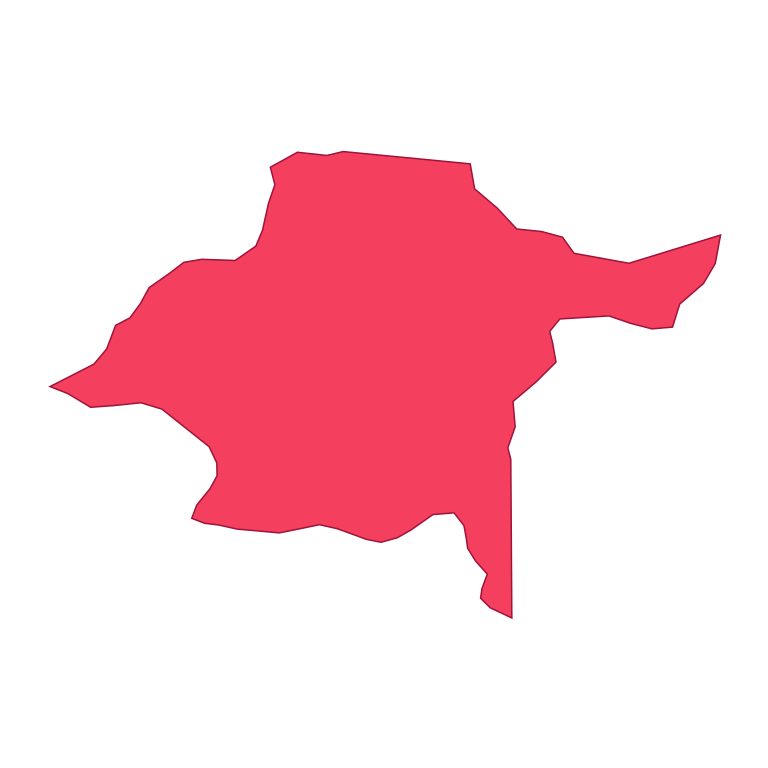 Nova Veneza, Goiás, Brazil (Natural Earth projection), rotated 91°
{"feature_id": "56859067B10589714904622", "entity_name": "Nova Veneza", "entity_type": "district", "adm_level": 2, "iso_a3": "BRA", "parent_name": "Brazil", "parent_adm1": "Goiás", "projection": "natural_earth1", "projection_center": [-49.299, -16.355], "detail": "fine", "context": "isolated", "style": "filled", "palette": "rose", "viewbox_px": 768, "rotation_deg": 91, "n_neighbors": 0, "source": "geoboundaries", "source_scale": "gbopen_adm2", "svg_char_len": 1113}
<svg xmlns="http://www.w3.org/2000/svg" viewBox="0 0 768 768"><g transform="rotate(91 384 384)"><path d="M392.4,717.9L399.2,699.8L412.4,676.9L410.3,653.9L407.0,626.6L413.0,605.6L449.8,557.7L465.8,549.8L478.7,549.3L491.5,556.0L508.3,569.1L521.7,573.9L526.4,560.9L527.9,546.6L531.6,528.7L534.7,486.0L529.9,464.2L525.8,446.1L529.5,428.2L535.9,409.6L539.6,399.0L542.3,384.2L537.5,368.0L529.5,354.5L513.7,332.8L511.6,311.7L524.2,301.6L535.9,299.2L546.8,297.5L559.5,289.3L572.3,277.4L586.9,282.5L596.5,283.7L606.0,273.8L615.7,252.1L457.2,255.9L445.7,259.1L424.5,252.1L399.2,254.7L379.1,231.8L359.1,212.4L340.2,216.1L328.5,219.2L315.9,209.3L312.0,160.3L319.0,138.7L324.2,117.0L322.1,96.5L298.9,89.7L277.9,66.3L257.8,54.9L229.2,50.1L259.0,141.2L250.0,196.3L234.1,208.1L228.8,229.1L226.7,254.0L206.2,273.8L187.3,296.8L162.4,301.6L152.3,428.9L156.5,445.1L153.8,474.6L169.2,501.4L186.7,496.6L205.2,502.6L232.5,508.2L248.3,514.5L263.1,535.0L262.5,568.4L265.8,586.2L277.3,600.7L291.7,620.5L307.9,629.0L322.3,639.2L330.1,653.4L353.8,661.9L369.2,674.4L392.4,717.9Z" fill="#f43f5e" stroke="#9f1239" stroke-width="1.5"/></g></svg>